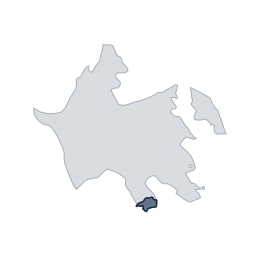 Balakan District, Balakən, Azerbaijan shown in context, rotated 195°
{"feature_id": "54616110B63924922129682", "entity_name": "Balakan District", "entity_type": "district", "adm_level": 2, "iso_a3": "AZE", "parent_name": "Azerbaijan", "parent_adm1": "Balakən", "projection": "natural_earth1", "projection_center": [46.439, 41.744], "detail": "fine", "context": "in_parent", "style": "filled", "palette": "slate", "viewbox_px": 256, "rotation_deg": 195, "n_neighbors": 0, "source": "geoboundaries", "source_scale": "gbopen_adm2", "svg_char_len": 4370}
<svg xmlns="http://www.w3.org/2000/svg" viewBox="0 0 256 256"><g transform="rotate(195 128 128)"><path d="M173.5,202.3L172.5,202.2L165.4,203.9L163.9,203.4L157.8,195.8L156.5,195.0L153.9,194.6L152.4,193.4L151.1,191.3L150.4,189.8L144.1,185.7L143.2,184.2L143.0,182.9L143.9,181.7L145.0,180.7L148.1,179.7L151.6,178.8L152.8,178.2L153.3,177.1L153.3,175.4L152.7,173.6L147.5,170.5L147.0,169.2L146.8,167.5L147.1,165.8L147.9,164.4L152.0,162.6L154.3,160.7L152.9,158.6L148.3,153.7L143.0,148.4L139.4,148.4L135.3,149.9L128.7,154.5L125.1,156.4L120.3,159.6L115.2,163.2L110.9,167.0L108.3,170.1L103.6,171.5L101.2,174.2L93.3,182.1L91.1,182.0L90.9,178.0L91.1,174.9L90.6,173.1L88.0,170.7L88.0,169.6L88.7,169.0L90.6,169.4L93.1,169.2L94.3,168.3L91.6,165.0L89.2,162.9L87.2,161.4L86.8,160.5L86.7,159.9L87.2,159.2L90.6,157.4L91.0,155.8L90.8,154.0L85.3,151.3L81.1,152.3L77.4,149.2L75.1,146.9L72.1,144.4L69.5,143.0L66.9,139.9L62.5,136.7L59.7,135.7L59.8,135.3L60.3,134.7L61.5,134.2L69.3,134.3L70.3,133.7L70.8,132.3L71.8,130.3L73.1,127.2L73.0,124.7L65.1,120.6L59.4,116.8L55.5,111.8L52.8,107.3L52.9,105.8L53.7,104.3L59.8,100.1L60.2,99.0L60.1,98.3L57.9,96.2L55.2,93.9L54.4,92.3L52.6,91.5L49.4,91.4L43.6,88.7L42.4,88.5L42.2,87.9L42.4,87.4L46.5,86.3L46.5,85.4L45.2,84.2L42.9,83.3L40.8,81.1L40.1,79.2L47.5,73.5L49.7,72.4L54.5,73.4L64.6,77.2L63.9,79.3L64.9,80.5L67.2,82.1L71.6,83.7L75.3,84.5L77.2,83.8L80.1,83.2L83.9,85.1L87.3,87.4L89.0,88.4L89.9,88.7L92.6,87.9L95.7,84.8L96.9,81.1L97.3,79.4L95.5,76.9L91.7,74.3L87.4,71.9L84.7,69.9L83.0,65.8L81.3,65.4L80.8,64.8L80.5,63.5L80.6,61.5L81.2,60.0L82.9,59.4L84.6,59.2L86.2,57.7L88.2,54.9L89.0,53.4L92.7,54.3L93.2,56.8L93.8,57.3L95.3,57.0L97.9,56.0L99.9,56.8L102.5,59.7L106.1,62.9L108.0,65.0L108.8,66.4L110.7,67.9L113.3,69.5L115.5,72.1L117.4,78.2L119.4,79.6L126.3,81.9L128.8,82.3L135.6,83.1L138.0,82.6L141.5,77.3L144.6,72.0L147.5,70.9L152.8,68.3L156.0,65.8L157.3,63.2L160.3,58.2L162.1,55.4L165.3,57.9L170.8,64.6L178.6,75.6L180.6,78.7L181.9,82.3L183.0,86.7L184.8,90.6L192.8,100.3L196.2,103.9L201.9,108.6L203.8,109.6L206.4,109.9L211.2,109.9L215.7,111.7L217.8,113.0L220.1,114.9L222.2,117.0L224.3,122.7L216.6,120.8L208.9,121.1L204.5,122.4L200.3,124.0L196.3,126.4L193.8,131.0L191.8,141.7L188.8,151.7L188.9,156.3L190.3,160.7L190.2,162.8L188.8,163.7L187.0,165.6L184.7,174.8L183.5,176.6L182.0,177.8L181.6,176.7L181.6,174.3L178.2,172.1L176.5,174.5L175.3,179.6L172.8,184.9L172.7,185.9L173.5,202.3ZM58.9,108.2L59.2,106.8L58.2,106.2L57.2,106.1L56.3,106.8L56.3,108.6L57.6,108.9L58.9,108.2ZM33.4,149.9L32.2,148.4L31.7,147.6L35.1,146.9L40.8,144.9L42.4,145.9L44.0,147.9L44.8,149.6L45.0,152.8L45.6,153.3L48.4,152.2L49.6,153.5L51.7,155.1L55.4,156.6L60.7,154.2L63.4,153.6L65.6,153.6L66.7,154.4L67.1,156.9L66.7,159.9L66.1,161.6L67.2,162.8L71.6,165.8L73.4,167.4L72.5,170.2L75.7,177.2L76.8,179.9L78.1,183.2L71.4,181.9L59.4,179.1L56.1,177.7L53.0,173.8L51.2,171.9L48.4,169.5L46.2,168.6L44.5,166.9L43.5,164.5L42.1,162.3L39.7,159.6L34.1,150.8L33.4,149.9ZM40.8,90.5L40.1,91.0L38.9,90.5L38.6,89.4L38.7,88.3L39.8,88.0L40.7,88.4L41.0,89.4L40.8,90.5Z" fill="#d9dde1" stroke="#a8b0b8" stroke-width="1"/><path d="M99.8,54.7L99.7,54.5L99.1,54.5L98.9,54.7L98.7,54.9L98.3,55.4L97.8,55.7L97.2,55.7L96.7,55.5L96.4,55.4L95.4,55.6L95.0,55.9L94.7,56.2L94.1,56.6L93.4,56.7L93.1,56.6L92.9,56.2L92.7,55.7L92.8,55.1L92.8,54.6L92.9,54.1L92.7,53.7L92.2,53.4L92.1,53.2L91.6,53.1L91.3,53.1L90.9,52.9L90.7,52.7L90.3,52.3L89.9,52.2L89.4,52.1L88.7,52.1L88.4,52.3L88.4,52.5L88.4,53.0L88.3,53.4L88.1,53.9L88.1,54.1L87.9,54.7L87.5,55.2L87.4,55.4L87.2,55.8L86.5,56.0L86.2,56.4L85.7,56.6L85.3,56.9L84.9,57.2L84.5,57.4L84.1,57.6L83.2,58.0L82.4,58.2L81.7,58.5L81.1,58.7L80.4,59.2L80.4,59.6L80.4,60.3L80.4,60.9L80.6,61.4L80.9,62.0L81.0,62.4L81.0,62.7L81.2,62.9L81.3,63.1L81.3,63.4L81.3,63.6L81.3,63.9L81.3,64.2L81.3,64.7L81.4,65.1L81.6,65.6L81.8,65.8L82.1,66.0L82.5,65.9L82.7,65.7L82.9,65.5L83.1,65.2L83.4,65.3L83.8,65.5L84.1,65.7L84.5,65.7L84.8,65.8L85.1,66.0L85.4,66.1L85.7,66.3L85.8,66.7L85.8,67.0L86.0,67.1L86.5,67.3L86.9,67.3L87.4,67.2L87.8,66.9L88.2,66.7L88.6,66.4L88.7,66.2L89.1,66.0L89.6,65.8L90.8,65.7L91.4,65.4L91.6,65.4L92.3,65.1L92.6,64.8L92.8,64.5L93.2,64.1L93.4,63.6L93.6,63.0L93.8,62.4L93.9,61.7L94.3,61.0L94.7,60.7L95.3,60.2L95.7,59.9L96.3,59.5L97.0,59.1L97.6,58.6L97.9,58.2L98.3,57.7L98.6,57.3L99.1,57.0L99.2,56.4L99.4,55.6L99.4,55.1L99.8,54.7Z" fill="#64748b" stroke="#1e293b" stroke-width="1.5"/></g></svg>